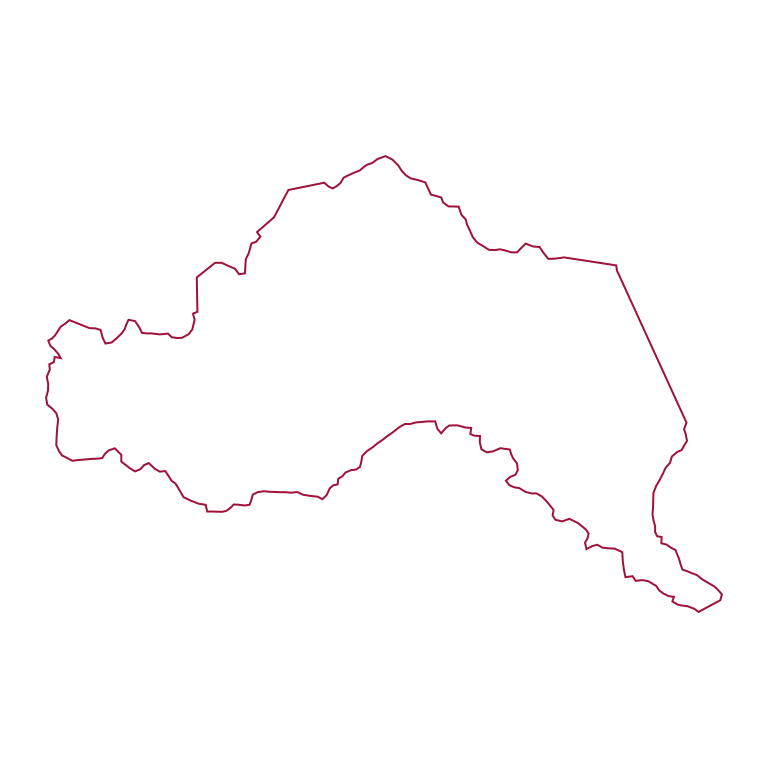 outline of Calmon, Santa Catarina, Brazil
{"feature_id": "56859067B66018065458430", "entity_name": "Calmon", "entity_type": "district", "adm_level": 2, "iso_a3": "BRA", "parent_name": "Brazil", "parent_adm1": "Santa Catarina", "projection": "mercator", "projection_center": [-51.016, -26.631], "detail": "fine", "context": "isolated", "style": "outline", "palette": "rose", "viewbox_px": 768, "rotation_deg": 0, "n_neighbors": 0, "source": "geoboundaries", "source_scale": "gbopen_adm2", "svg_char_len": 3822}
<svg xmlns="http://www.w3.org/2000/svg" viewBox="0 0 768 768"><path d="M46.8,376.8L48.2,384.1L48.0,390.6L46.1,397.9L47.3,404.7L52.3,408.7L56.3,413.2L58.2,419.5L57.2,428.0L56.6,437.0L56.3,445.3L59.1,451.3L62.1,455.5L67.0,457.9L72.4,460.8L77.3,460.1L83.8,459.6L91.3,458.9L98.0,458.6L102.2,458.1L105.0,453.7L108.9,450.3L114.8,448.3L121.3,454.8L121.3,461.6L125.2,464.6L130.4,468.6L135.0,471.4L140.1,469.4L144.1,465.1L148.8,463.1L154.8,468.8L159.7,471.6L165.3,471.1L168.8,476.4L171.7,480.9L175.5,483.6L178.3,488.1L181.1,493.0L183.6,497.2L190.2,500.4L198.6,503.7L205.7,504.8L207.2,511.5L212.5,511.5L217.4,511.7L221.9,511.8L226.1,511.0L230.5,507.9L233.7,504.5L238.3,504.7L244.8,505.5L249.6,504.7L251.4,499.7L252.8,494.6L257.6,492.2L264.0,491.2L268.6,491.7L275.1,492.0L281.2,492.2L285.6,492.2L291.2,492.7L297.1,492.0L302.9,494.7L310.1,495.9L317.8,496.7L322.4,499.2L326.8,494.9L329.7,488.4L333.4,485.2L337.6,484.4L338.3,478.7L342.2,476.4L345.7,472.4L351.1,470.1L356.0,469.6L360.0,466.9L361.3,461.8L362.2,456.0L366.7,451.3L372.9,447.1L377.8,443.0L382.3,440.1L386.4,436.8L391.5,433.3L396.7,429.2L400.2,426.6L404.9,424.0L410.2,424.0L416.0,422.4L422.3,421.9L427.2,421.4L435.2,421.4L437.4,428.9L441.2,433.3L445.6,428.2L449.3,425.5L457.4,425.3L464.9,427.4L471.2,428.0L470.3,434.0L474.4,435.7L480.0,436.0L479.8,442.2L481.4,449.3L486.8,452.3L492.9,451.4L500.3,448.2L509.8,449.5L511.2,454.3L513.3,458.6L517.0,463.4L517.8,470.1L515.4,474.8L510.1,476.9L505.9,480.8L509.4,485.2L514.3,487.3L519.3,488.1L525.6,491.9L531.8,493.5L536.3,493.3L541.8,496.4L547.1,501.9L553.6,510.0L552.6,515.5L555.5,519.8L562.2,521.4L569.4,518.8L578.2,523.2L585.9,529.5L588.6,533.5L587.6,538.1L585.0,542.8L586.5,549.1L592.3,546.0L597.4,544.8L602.3,547.6L608.1,548.3L614.6,548.6L622.3,552.2L622.8,561.3L623.9,569.6L625.5,577.2L632.6,576.2L635.7,580.9L642.3,580.1L648.3,581.2L656.2,585.9L659.3,590.5L663.5,593.6L669.0,596.2L673.9,596.8L672.4,601.5L677.9,604.7L682.5,605.6L687.5,606.2L694.3,608.8L698.6,611.9L720.3,600.2L721.9,594.4L717.7,589.5L713.8,586.1L708.4,583.0L701.9,579.1L697.0,575.1L691.6,573.1L687.3,571.2L682.5,569.6L680.7,564.7L679.1,559.0L677.2,554.5L675.4,549.9L671.4,548.0L666.6,544.6L661.4,543.3L661.6,537.0L657.2,536.3L655.1,532.1L655.1,526.1L653.5,520.4L652.5,514.2L653.1,506.5L653.2,499.7L653.5,492.7L656.2,485.9L659.8,479.7L663.0,473.5L665.6,467.8L670.0,462.8L671.9,456.5L677.5,451.8L681.6,450.1L684.0,445.8L687.0,440.9L685.6,433.6L684.0,429.2L686.5,422.7L617.0,270.6L616.2,265.4L591.6,261.6L563.9,257.4L559.4,258.1L555.0,258.6L548.3,258.9L543.3,252.6L539.6,247.0L533.1,246.5L525.7,243.6L521.5,247.7L517.0,252.4L511.2,252.3L504.7,250.3L499.8,249.3L494.9,250.1L488.9,249.8L482.8,245.9L477.3,242.7L472.8,237.2L469.5,229.7L467.0,224.6L465.8,219.6L461.4,214.7L458.6,206.6L448.4,206.4L443.0,202.4L441.3,197.5L437.0,196.2L430.9,194.6L428.5,189.4L425.3,182.4L417.8,180.0L410.7,178.4L405.6,175.1L401.8,170.9L398.3,165.5L392.4,159.6L385.5,156.1L377.6,159.0L372.0,163.1L367.3,164.6L363.6,167.1L359.9,170.4L354.1,172.7L348.1,175.4L343.6,177.7L340.6,182.9L336.6,186.2L332.7,188.4L328.5,186.5L324.3,182.7L288.4,190.0L274.0,217.3L257.0,232.1L260.4,236.7L256.1,241.8L251.4,243.5L250.0,248.8L248.6,253.5L245.8,259.1L245.4,265.6L244.9,273.4L239.0,274.2L235.1,268.8L227.9,265.7L221.6,262.8L215.1,262.8L196.8,277.4L197.4,311.8L193.0,313.6L194.6,319.6L193.5,324.5L192.3,329.4L188.8,334.1L182.0,337.8L177.2,338.0L171.7,337.2L168.0,333.6L159.9,334.4L151.5,333.4L147.1,333.4L142.0,332.9L139.0,326.9L135.0,321.1L128.5,319.8L126.1,325.0L124.6,329.4L121.9,333.1L116.6,338.3L111.7,342.5L105.4,343.5L102.6,337.5L100.6,329.9L95.4,328.4L89.4,328.1L69.4,320.1L65.1,323.7L60.8,326.6L57.7,331.3L55.2,335.2L52.1,338.4L48.3,340.7L50.4,345.9L54.2,349.2L58.2,353.7L60.7,358.1L54.7,357.0L53.8,362.2L49.3,364.3L49.8,369.5L46.8,376.8Z" fill="none" stroke="#9f1239" stroke-width="2"/></svg>